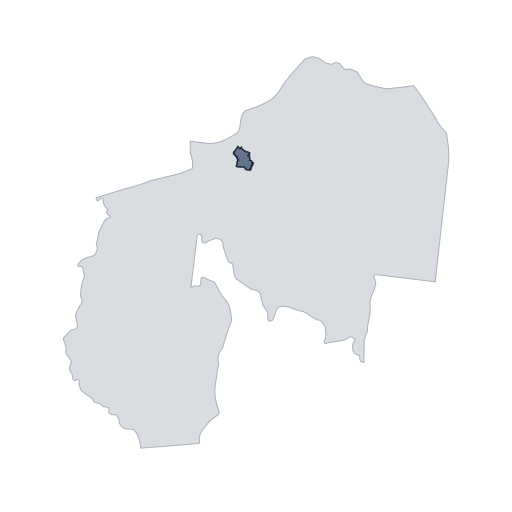 Chongwe, Lusaka, Zambia shown in context, rotated 187°
{"feature_id": "96606910B32717004733154", "entity_name": "Chongwe", "entity_type": "district", "adm_level": 2, "iso_a3": "ZMB", "parent_name": "Zambia", "parent_adm1": "Lusaka", "projection": "equal_earth", "projection_center": [28.753, -15.39], "detail": "fine", "context": "in_parent", "style": "filled", "palette": "slate", "viewbox_px": 512, "rotation_deg": 187, "n_neighbors": 0, "source": "geoboundaries", "source_scale": "gbopen_adm2", "svg_char_len": 5839}
<svg xmlns="http://www.w3.org/2000/svg" viewBox="0 0 512 512"><g transform="rotate(187 256 256)"><path d="M335.1,361.9L314.6,361.9L307.1,364.1L301.0,367.4L293.7,372.5L289.5,376.1L288.3,378.1L287.7,382.5L287.7,389.3L287.0,394.1L284.8,398.6L273.7,404.0L266.5,408.4L259.4,413.6L254.0,420.4L250.3,428.7L244.3,439.0L231.6,457.3L224.2,460.7L218.0,460.0L210.5,456.1L204.6,455.4L200.2,457.8L196.1,457.1L192.4,453.2L189.3,451.8L186.8,452.9L183.5,452.7L177.6,450.6L172.5,444.0L169.7,441.3L167.6,440.3L161.4,439.2L147.4,437.7L132.9,441.0L120.1,444.3L106.9,429.7L94.2,414.2L91.5,410.3L86.7,405.1L83.2,402.6L81.9,401.3L78.3,387.5L76.3,374.8L75.0,252.2L132.7,252.2L136.4,251.7L136.5,250.4L133.8,243.8L133.9,241.5L134.6,237.0L137.1,228.1L137.2,225.1L136.0,215.4L136.1,210.0L136.7,199.1L136.2,195.3L137.6,190.4L138.0,187.1L138.5,185.7L137.9,182.0L136.6,168.9L135.9,163.4L139.4,164.2L140.6,166.9L141.2,169.9L142.8,170.0L146.9,171.8L148.4,174.2L149.3,179.4L148.8,182.1L147.5,184.3L148.8,186.2L151.6,187.5L153.2,187.1L157.8,183.5L162.1,182.2L164.3,181.3L173.8,178.9L175.7,177.7L177.0,177.7L178.0,178.7L177.1,182.4L176.9,185.7L178.1,191.9L179.0,194.8L181.0,196.9L182.4,198.0L184.0,200.2L187.4,199.9L194.7,203.0L196.9,204.5L200.0,205.9L202.2,206.5L209.7,207.6L217.7,209.4L221.8,209.5L224.8,209.1L226.8,208.2L228.1,207.2L228.6,206.3L231.6,194.5L233.1,193.6L235.1,193.0L236.3,194.0L237.6,201.5L243.3,208.2L245.3,213.8L246.8,218.7L248.0,220.0L250.2,221.6L253.7,222.2L256.8,222.4L272.3,230.6L274.0,232.1L275.9,236.5L277.1,241.5L278.3,245.4L280.3,246.1L282.1,246.4L283.8,249.1L285.2,251.4L289.7,261.1L290.4,265.0L292.6,267.5L295.6,268.6L298.4,268.8L300.0,267.6L304.0,265.6L307.1,263.3L309.3,262.5L310.6,263.0L311.7,264.6L312.3,269.4L314.5,271.1L316.1,270.4L316.8,268.5L316.8,267.6L316.8,217.0L315.4,217.4L313.6,218.8L309.5,219.0L307.9,220.0L307.4,221.7L307.7,223.8L307.8,226.6L307.2,228.0L305.4,228.5L302.8,227.4L298.1,226.0L294.2,225.1L291.4,221.3L287.5,215.6L285.0,212.7L279.0,206.7L278.0,205.5L276.1,202.7L274.6,197.9L273.1,192.4L272.3,189.0L273.7,183.6L277.2,166.0L278.1,160.5L281.0,155.0L281.2,150.0L280.0,143.6L280.3,140.1L280.7,119.9L279.9,113.5L277.9,106.4L273.6,96.6L273.6,94.5L280.3,88.1L282.3,85.7L285.8,80.5L288.2,76.1L289.7,72.5L290.2,67.9L289.1,63.5L291.4,62.6L346.8,51.3L347.6,54.3L349.3,59.3L351.2,63.0L353.5,66.2L355.6,68.2L356.9,68.8L365.4,68.6L368.5,70.6L371.2,73.1L371.8,76.9L373.6,79.3L375.5,81.2L376.3,81.5L377.7,81.0L380.0,81.0L382.1,81.8L383.1,82.7L383.2,85.9L383.8,87.3L386.7,87.9L389.7,88.1L392.5,90.3L395.5,90.7L399.1,91.6L400.8,94.0L404.5,96.4L409.1,98.6L414.2,102.1L414.3,103.3L415.1,105.4L416.0,106.9L416.1,109.1L416.5,111.2L417.8,111.7L418.9,111.8L419.9,110.3L421.3,110.4L422.7,111.3L423.2,113.7L424.4,116.9L426.3,119.1L427.5,121.2L427.1,125.0L426.2,128.6L428.8,132.0L432.1,135.3L433.0,136.8L433.2,141.7L433.7,143.3L435.9,147.4L437.0,150.1L436.9,151.7L430.8,159.7L427.1,161.0L425.5,162.6L424.5,164.3L426.9,172.3L428.1,175.4L427.0,179.2L424.6,185.7L423.5,186.2L423.3,191.1L424.0,192.9L425.2,194.3L425.6,197.6L425.5,205.9L423.9,215.2L426.6,223.4L427.5,224.3L431.3,224.3L431.9,225.0L431.0,227.3L428.4,230.9L423.6,233.7L416.7,236.8L415.2,239.8L414.3,244.0L415.0,246.6L415.9,248.0L415.6,251.8L415.0,255.7L415.2,258.8L414.8,261.6L413.9,262.9L412.7,267.0L411.2,271.2L410.0,273.1L408.3,275.1L405.6,276.7L405.6,277.6L408.7,279.5L409.5,280.8L409.8,281.7L408.5,283.8L409.9,285.1L411.6,286.2L413.2,288.9L415.1,294.2L415.4,294.7L415.9,294.7L417.0,294.2L418.9,292.1L420.2,291.3L421.9,294.3L393.1,307.2L386.4,309.8L376.3,314.4L373.0,316.0L370.4,317.7L343.7,327.7L339.5,329.7L330.1,334.8L329.8,335.7L329.9,338.0L330.7,342.8L332.3,347.2L333.7,349.7L334.6,356.2L335.1,361.9Z" fill="#d9dde1" stroke="#a8b0b8" stroke-width="1"/><path d="M270.9,347.8L270.9,348.4L271.4,348.4L271.6,348.6L271.7,348.9L272.0,349.4L271.9,349.7L273.0,350.2L273.8,350.4L273.7,350.5L273.8,350.8L274.0,351.4L274.1,352.2L274.2,352.9L274.5,353.7L275.2,354.2L276.4,354.5L276.1,355.5L275.2,355.5L274.8,355.6L274.9,355.8L274.9,357.5L277.2,358.4L278.2,358.0L281.9,359.9L283.4,361.2L283.7,362.2L285.2,360.6L287.3,362.5L290.4,356.2L290.5,356.2L290.5,355.9L290.7,355.7L290.8,355.8L290.8,355.7L290.7,355.4L290.7,355.2L290.8,355.1L290.8,354.9L290.7,354.8L290.4,354.9L290.2,354.9L290.1,354.7L290.0,354.4L290.0,354.2L289.9,354.2L289.7,353.8L289.7,353.7L289.4,353.5L289.1,353.3L288.9,353.3L288.8,353.2L288.7,353.1L288.5,352.9L288.4,352.7L288.2,352.5L288.1,352.3L287.9,352.3L287.8,352.2L287.7,352.1L287.4,351.8L287.3,352.0L287.2,352.1L286.9,352.0L286.9,351.9L287.0,351.9L287.0,351.7L286.9,351.8L286.9,351.7L286.9,351.4L286.8,351.2L286.7,351.1L286.6,350.9L286.4,350.7L286.4,350.4L286.3,350.2L286.2,350.2L286.2,349.9L286.1,349.7L285.9,349.5L285.9,349.4L285.8,349.2L285.7,349.1L285.8,349.1L285.8,348.9L285.7,348.9L285.8,348.8L285.8,348.7L285.7,348.6L285.7,348.4L285.7,348.2L285.7,347.9L285.8,347.9L285.8,347.7L286.0,347.4L286.1,347.2L286.3,347.0L286.3,346.9L286.4,346.7L286.2,346.2L286.1,345.9L286.1,345.7L286.0,345.4L286.1,345.2L286.0,344.8L286.0,344.7L286.1,344.3L286.1,344.2L286.1,343.8L286.1,343.7L286.2,343.4L286.3,343.4L286.3,343.2L286.4,342.9L286.2,342.8L286.2,342.7L286.3,342.7L286.2,342.4L285.8,342.4L285.3,342.4L285.2,342.4L284.9,342.4L284.6,342.3L284.2,342.3L283.6,342.4L283.4,342.4L283.3,342.5L283.2,342.5L282.4,342.4L282.2,342.4L282.2,342.5L281.9,342.6L281.6,342.6L281.4,342.7L281.2,342.7L280.9,342.7L280.6,342.8L280.4,342.8L278.3,342.7L277.1,340.9L276.1,340.8L275.8,340.5L274.1,340.3L273.2,340.7L272.7,340.5L272.6,341.1L272.0,340.9L271.9,341.5L272.5,341.7L272.5,341.9L272.5,342.0L272.4,342.1L271.7,342.0L271.6,341.9L271.5,342.4L272.0,342.6L271.9,343.2L271.5,343.0L271.4,343.6L271.8,343.7L271.7,344.3L271.1,344.2L271.0,344.7L271.7,344.9L271.6,345.5L271.1,345.4L271.0,346.1L270.4,346.0L270.1,348.0L270.5,347.9L270.9,347.8Z" fill="#64748b" stroke="#1e293b" stroke-width="1.5"/></g></svg>